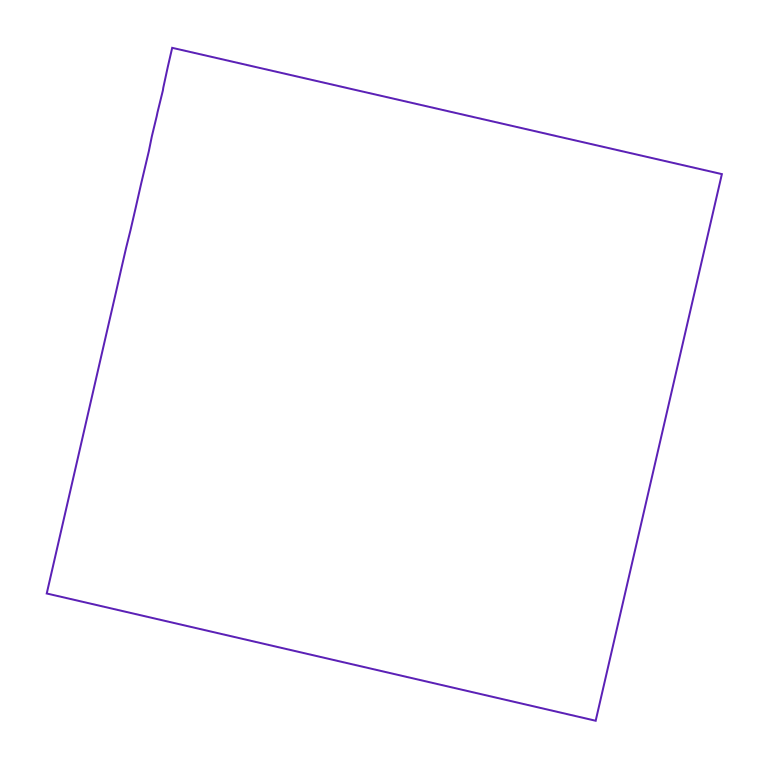 Webster, Nebraska, United States of America (Mercator projection), rotated 103°
{"feature_id": "52423323B11090231595131", "entity_name": "Webster", "entity_type": "district", "adm_level": 2, "iso_a3": "USA", "parent_name": "United States of America", "parent_adm1": "Nebraska", "projection": "mercator", "projection_center": [-98.589, 40.176], "detail": "fine", "context": "isolated", "style": "outline", "palette": "violet", "viewbox_px": 768, "rotation_deg": 103, "n_neighbors": 0, "source": "geoboundaries", "source_scale": "gbopen_adm2", "svg_char_len": 454}
<svg xmlns="http://www.w3.org/2000/svg" viewBox="0 0 768 768"><g transform="rotate(103 384 384)"><path d="M378.7,665.8L396.0,665.8L664.0,665.5L664.5,102.0L658.9,102.0L107.1,102.0L103.5,102.0L104.1,666.0L123.8,666.0L145.2,665.7L147.3,665.5L148.7,665.5L170.3,665.8L174.2,665.7L193.8,665.9L195.5,665.9L210.1,665.5L243.4,665.7L268.7,665.6L291.1,665.6L309.3,665.9L330.8,665.9L355.7,665.8L378.7,665.8Z" fill="none" stroke="#5b21b6" stroke-width="2"/></g></svg>